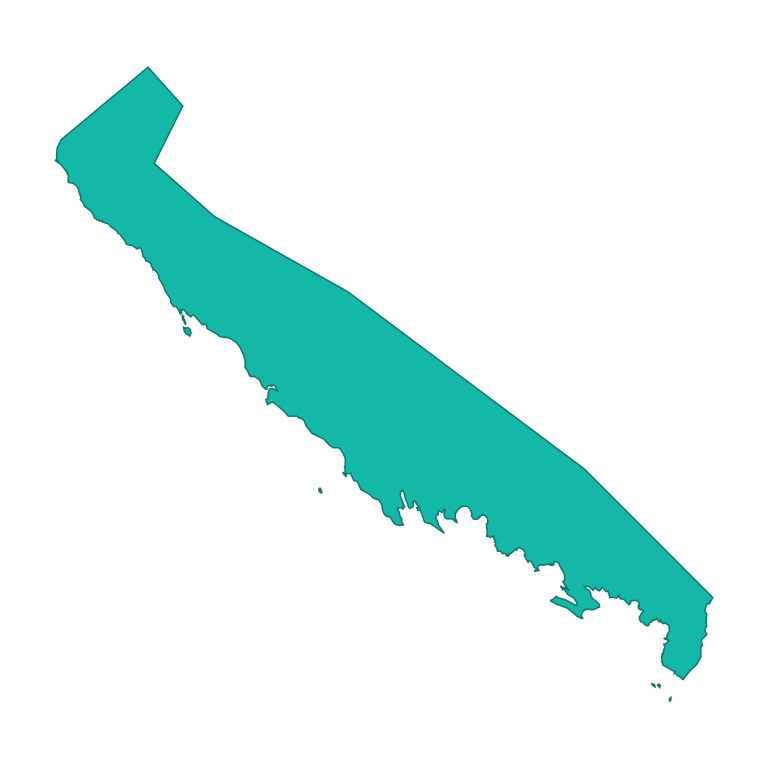 outline of Marigne-Kokota, Isabel, Solomon Islands, rotated 181°
{"feature_id": "97153195B92946274587204", "entity_name": "Marigne-Kokota", "entity_type": "district", "adm_level": 2, "iso_a3": "SLB", "parent_name": "Solomon Islands", "parent_adm1": "Isabel", "projection": "equal_earth", "projection_center": [159.347, -8.097], "detail": "fine", "context": "isolated", "style": "filled", "palette": "teal", "viewbox_px": 768, "rotation_deg": 181, "n_neighbors": 0, "source": "geoboundaries", "source_scale": "gbopen_adm2", "svg_char_len": 6110}
<svg xmlns="http://www.w3.org/2000/svg" viewBox="0 0 768 768"><g transform="rotate(181 384 384)"><path d="M625.5,696.6L711.0,622.7L714.9,614.4L715.4,606.3L714.3,601.6L715.7,602.8L716.5,601.7L711.1,598.0L705.2,590.9L703.1,586.2L703.5,581.2L702.9,580.0L698.1,579.2L694.7,576.6L692.5,572.2L692.2,570.1L690.8,568.2L691.4,567.4L690.4,565.8L690.8,563.2L687.0,558.5L687.1,556.9L679.7,551.4L677.2,547.5L676.6,545.0L673.1,543.0L671.6,542.9L671.0,541.8L668.6,542.5L668.5,541.1L662.3,539.2L659.8,536.5L654.1,532.6L652.2,529.6L651.1,529.5L645.6,522.6L643.9,519.1L637.5,517.9L633.3,514.7L631.3,516.0L629.1,515.0L627.3,509.2L627.3,507.4L625.1,505.5L624.3,502.8L622.9,502.8L619.4,500.5L618.7,499.4L618.7,497.5L617.5,496.5L617.0,494.7L616.7,495.6L616.7,494.4L615.5,494.1L612.8,491.5L611.0,487.7L611.0,485.9L606.0,477.9L604.6,473.6L598.9,465.2L598.6,461.9L595.9,458.0L592.8,457.7L590.1,453.4L589.3,454.2L589.5,451.7L588.6,450.1L587.4,451.9L588.0,453.9L586.0,454.9L584.8,454.3L581.8,450.3L578.2,447.9L576.1,450.1L574.8,449.2L566.6,440.0L563.8,440.8L562.3,439.4L561.8,436.3L551.8,430.9L548.8,428.4L541.6,427.7L538.1,426.6L532.6,423.1L528.9,418.8L524.4,409.5L523.1,403.2L523.3,398.1L520.8,395.1L518.6,390.2L518.1,391.2L518.1,389.8L517.0,389.1L513.7,389.4L508.4,385.9L505.6,379.6L502.3,376.7L501.2,376.6L500.8,379.3L500.0,380.2L497.0,380.8L497.1,379.9L496.3,379.7L494.7,381.4L492.8,380.4L491.5,376.8L489.1,374.6L494.1,376.9L497.1,377.6L498.6,376.9L499.8,371.8L499.8,367.5L501.8,366.4L500.2,361.4L496.8,363.7L494.4,363.9L483.7,355.2L479.2,350.2L470.5,350.3L468.4,348.5L465.4,348.0L463.1,345.7L460.9,340.4L455.0,333.2L443.3,328.0L438.2,322.5L433.8,319.4L428.8,319.5L427.1,318.7L423.8,314.3L421.4,308.7L421.4,301.7L422.1,300.8L421.6,300.2L421.2,293.0L421.9,292.8L423.6,295.4L423.2,293.7L419.8,290.4L420.8,292.5L420.0,293.1L420.2,293.8L415.9,293.8L412.6,287.2L408.8,285.8L405.3,278.1L396.4,273.3L392.5,269.6L386.9,267.8L383.5,261.9L383.7,259.9L381.8,254.4L379.6,251.9L375.6,251.0L371.7,245.1L369.5,243.6L365.3,242.8L362.1,243.7L364.1,246.7L363.8,249.2L365.5,251.5L366.4,255.9L367.4,257.9L368.4,258.2L367.8,259.2L368.1,260.3L364.8,260.4L362.8,259.5L362.2,261.4L361.2,261.4L361.5,263.0L362.9,263.8L362.7,265.3L365.6,272.1L365.7,276.6L364.3,276.9L363.5,278.4L362.2,276.1L360.3,268.4L358.8,266.0L357.8,262.4L356.3,260.3L355.3,260.1L352.9,261.8L352.4,262.8L352.8,267.0L351.7,267.9L350.6,267.2L349.1,264.3L346.2,261.2L349.0,261.0L348.1,258.4L346.9,258.0L345.6,259.0L341.1,246.9L337.8,245.4L335.3,245.4L321.1,235.8L326.9,243.5L328.4,248.6L330.2,251.5L329.7,253.1L327.7,254.3L327.3,258.5L323.7,256.5L322.7,257.5L322.2,259.7L321.1,259.8L320.8,257.9L321.8,254.9L321.0,251.9L318.7,250.2L312.8,250.3L310.8,247.8L308.6,246.9L309.2,249.3L310.2,249.5L310.5,256.7L309.9,256.2L308.0,259.4L305.0,262.3L302.0,263.3L298.3,263.1L295.7,260.6L293.8,255.6L294.4,253.7L292.0,250.4L288.3,250.5L285.8,252.4L286.5,253.1L283.2,254.9L280.8,254.3L278.5,251.8L277.8,249.4L278.0,246.3L279.2,245.9L278.1,237.6L278.7,233.3L277.2,233.9L275.1,232.3L273.4,233.7L272.5,232.7L271.4,233.7L271.3,230.8L270.0,229.7L270.7,227.7L269.8,227.5L269.5,226.4L270.3,224.9L268.2,221.7L267.8,219.0L264.1,218.6L262.8,216.5L259.7,216.7L258.7,215.6L258.7,214.4L257.3,215.4L257.2,214.2L256.6,214.0L255.9,216.8L255.0,216.3L249.4,220.9L248.7,220.2L247.4,222.3L245.3,222.5L242.8,221.3L240.3,218.8L239.6,216.4L240.5,215.7L240.9,216.5L240.6,214.4L236.5,207.8L236.8,209.6L235.4,210.2L232.9,207.7L230.6,203.4L228.6,202.3L228.6,200.7L230.0,200.2L230.0,199.4L225.8,200.3L227.3,203.0L226.8,204.9L223.1,206.2L222.1,205.5L217.2,206.6L214.6,205.9L214.5,207.1L213.7,206.8L214.2,205.8L211.9,205.7L211.3,206.2L213.1,206.4L212.0,206.5L210.2,209.3L207.9,209.1L205.4,207.0L205.6,206.2L200.4,197.3L200.0,191.8L200.3,190.5L201.7,189.8L199.7,186.2L194.9,180.7L198.9,182.6L199.9,181.5L196.8,176.9L190.1,173.1L186.8,167.5L187.0,166.3L188.2,166.1L199.1,171.5L207.0,173.5L207.9,174.8L210.5,172.1L213.6,170.5L213.4,169.8L206.5,166.4L196.8,163.2L186.6,155.0L182.0,152.9L181.3,153.4L182.6,155.5L182.1,158.6L180.1,161.3L177.2,162.4L171.2,161.9L164.5,164.8L165.1,167.6L169.4,171.6L171.8,172.8L172.4,174.5L173.3,174.9L173.6,178.3L175.3,181.4L178.0,182.7L180.3,185.3L175.7,185.1L171.3,181.3L169.2,184.4L168.1,182.4L165.3,180.9L163.2,182.7L162.2,185.0L158.8,180.5L157.6,181.0L156.9,180.3L156.2,181.5L156.4,179.8L155.6,178.8L154.6,174.2L152.1,174.8L147.6,174.0L145.5,176.6L145.4,175.1L143.6,173.2L141.2,173.2L138.4,171.1L137.9,169.7L136.2,169.2L135.3,167.6L133.6,169.0L133.6,171.4L128.4,172.2L125.3,170.1L124.9,167.7L125.5,167.3L124.8,166.9L125.9,165.9L125.5,163.8L124.8,164.0L123.7,162.6L122.7,163.2L120.6,161.1L122.5,159.5L123.5,157.0L124.6,156.1L124.3,152.6L122.8,150.6L121.7,150.6L118.2,147.4L116.0,146.8L114.7,148.1L114.7,149.8L112.2,150.8L111.4,152.5L110.3,152.3L110.2,153.3L108.8,152.8L107.2,154.4L104.8,151.0L103.1,152.9L102.8,150.8L101.9,150.0L101.0,150.4L100.4,149.3L98.1,150.5L97.8,149.2L95.5,148.2L94.6,145.6L94.3,141.6L95.9,139.8L97.3,134.9L99.3,134.5L98.5,133.6L95.9,133.6L96.1,132.7L94.4,132.1L98.5,128.8L99.6,128.8L98.5,125.2L99.7,123.3L99.6,121.3L100.8,120.0L100.3,118.8L101.1,118.9L101.6,116.4L101.1,112.3L101.6,111.1L100.3,109.1L100.2,107.9L88.4,101.4L88.6,100.0L87.7,101.1L87.8,100.2L85.2,97.1L84.0,97.1L79.9,93.7L73.0,102.7L66.5,109.1L62.5,116.3L62.6,126.4L61.2,127.8L62.3,133.4L56.9,139.2L59.1,144.0L57.1,147.3L57.9,153.0L57.2,159.7L59.4,162.3L57.5,169.6L54.8,170.0L51.5,176.2L182.1,302.4L421.5,475.4L556.6,548.5L617.6,600.6L590.0,658.4L625.5,696.6ZM585.4,437.3L584.7,433.6L582.9,431.0L579.1,428.6L577.8,431.6L578.8,435.1L580.5,436.8L583.7,436.5L585.4,437.3ZM447.4,276.5L445.5,274.0L444.2,274.4L445.0,277.3L446.2,278.8L447.2,278.1L447.4,276.5ZM586.9,448.3L586.4,444.8L584.7,443.1L584.9,442.1L583.6,440.3L583.2,441.4L585.4,446.0L585.8,448.2L586.4,449.1L586.9,448.3ZM204.0,185.2L201.7,181.4L199.3,183.2L198.6,182.8L199.1,183.5L201.1,183.5L204.0,185.2ZM105.3,87.8L103.1,85.3L102.4,87.1L103.9,88.8L105.3,87.8ZM111.0,89.0L110.3,87.5L107.7,85.9L108.3,88.1L111.0,89.0ZM92.7,74.9L93.1,72.2L92.7,71.4L93.0,72.4L92.3,72.2L91.6,73.6L91.7,75.7L92.7,74.9Z" fill="#14b8a6" stroke="#0f766e" stroke-width="1.5"/></g></svg>